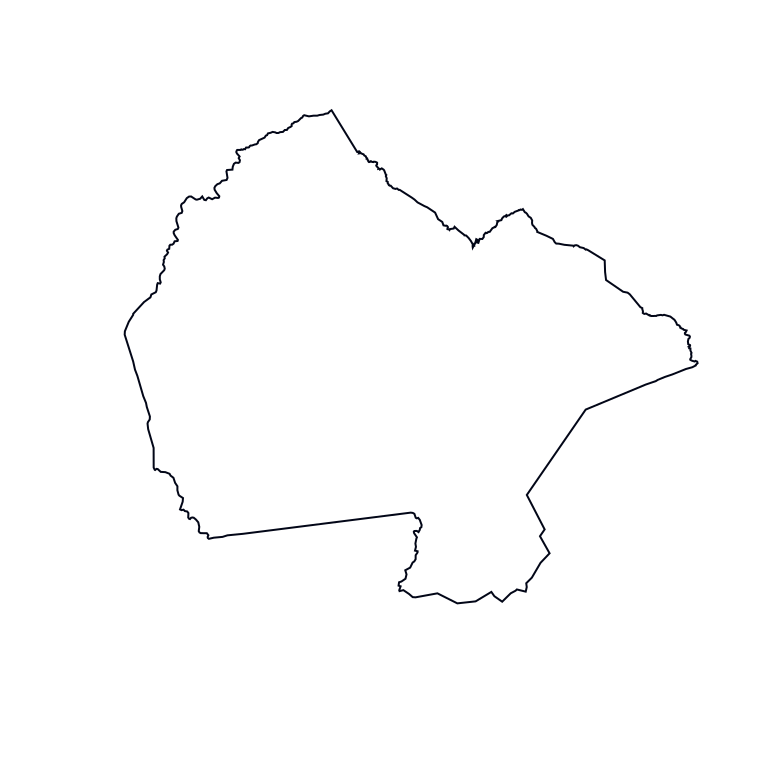 Tapoa, Tapoa, Burkina Faso (Mercator projection), rotated 119°
{"feature_id": "67063806B60723724569169", "entity_name": "Tapoa", "entity_type": "district", "adm_level": 2, "iso_a3": "BFA", "parent_name": "Burkina Faso", "parent_adm1": "Tapoa", "projection": "mercator", "projection_center": [1.463, 12.115], "detail": "fine", "context": "isolated", "style": "outline", "palette": "ink", "viewbox_px": 768, "rotation_deg": 119, "n_neighbors": 0, "source": "geoboundaries", "source_scale": "gbopen_adm2", "svg_char_len": 6166}
<svg xmlns="http://www.w3.org/2000/svg" viewBox="0 0 768 768"><g transform="rotate(119 384 384)"><path d="M194.1,519.9L170.0,562.6L171.9,563.6L174.4,564.2L176.1,566.4L177.8,567.7L179.9,570.7L181.7,572.5L183.4,575.6L186.3,579.4L187.6,584.1L188.7,584.7L190.6,584.7L191.7,585.5L195.6,586.6L197.0,587.6L198.4,589.4L199.9,589.6L200.9,590.6L201.8,590.6L203.2,589.8L204.5,590.4L206.5,591.9L208.9,592.1L209.9,593.9L212.5,594.6L214.2,597.1L215.6,598.0L216.6,599.7L216.6,601.0L217.5,603.6L219.3,605.0L221.1,607.0L223.0,606.9L224.1,607.8L226.4,607.9L231.3,611.5L233.4,611.6L234.6,611.2L236.2,611.9L237.1,613.1L239.5,615.2L240.1,616.3L240.9,616.7L242.4,616.8L243.0,617.4L244.1,619.3L246.0,619.3L246.4,620.4L247.6,621.1L248.0,622.6L248.7,622.7L250.4,625.8L250.9,626.0L252.7,625.7L253.7,624.4L255.0,620.6L256.9,620.6L258.1,618.5L260.1,617.9L261.2,618.5L262.3,621.1L264.2,622.0L267.3,621.6L270.0,620.5L272.9,625.0L274.4,624.9L279.6,620.8L281.9,620.6L284.8,624.2L288.1,624.9L290.0,626.6L292.8,627.5L294.7,627.4L296.2,626.3L298.2,622.8L299.6,619.1L300.9,618.7L301.7,619.3L302.9,622.1L305.7,623.9L305.9,627.7L307.3,628.6L309.6,628.9L310.1,630.4L308.1,633.9L311.1,634.6L313.5,637.0L313.9,638.2L313.5,643.6L314.6,645.4L317.1,646.6L322.0,646.9L324.5,648.2L326.1,648.1L327.4,647.3L330.5,644.2L332.4,643.9L334.6,646.0L338.0,646.3L339.7,646.0L342.2,644.5L346.9,639.6L348.4,639.5L350.3,641.3L352.7,641.8L354.0,641.1L355.4,639.2L357.9,634.1L359.0,633.9L360.7,636.3L363.3,636.1L364.8,636.8L365.8,638.4L367.0,638.7L369.9,637.4L371.5,638.6L372.7,638.5L373.7,636.6L375.6,636.6L379.1,637.7L380.4,636.7L382.5,636.8L384.0,635.7L386.8,635.1L387.7,633.2L389.4,631.7L391.0,631.4L396.2,632.8L398.5,632.3L401.2,630.8L403.3,628.6L404.7,628.5L405.5,630.8L407.0,630.6L412.5,628.3L414.4,628.1L418.5,630.9L421.4,630.3L428.6,633.6L444.2,637.4L445.1,636.9L453.3,637.4L463.5,636.2L466.6,634.7L485.9,614.3L492.1,608.8L496.5,603.6L511.4,588.6L515.9,583.0L519.1,580.3L525.9,573.0L528.6,571.7L531.8,572.0L533.3,571.6L537.8,568.4L551.6,554.5L568.8,544.9L570.2,542.9L570.2,542.5L568.5,541.8L568.1,540.7L569.1,536.7L567.1,532.5L566.5,528.0L567.6,526.3L568.1,522.7L571.7,518.8L573.6,515.1L577.1,513.2L580.4,510.0L580.9,508.8L581.2,504.5L584.6,503.0L592.6,501.6L592.5,499.9L591.1,498.4L591.7,496.6L590.9,494.3L591.7,492.5L595.7,490.5L596.4,489.1L596.2,488.2L594.6,487.9L593.7,487.0L593.2,485.6L593.7,482.9L595.0,479.4L598.5,476.3L602.5,474.7L603.3,473.4L603.3,472.0L600.4,466.6L601.4,464.3L603.3,464.1L604.1,463.4L604.3,462.1L600.9,458.3L596.0,451.1L592.3,447.6L583.4,434.7L483.5,298.2L482.8,296.3L482.8,294.5L485.6,291.4L485.6,290.2L484.5,289.2L485.5,286.8L489.1,282.7L491.2,281.9L492.5,282.6L494.2,282.0L496.8,282.0L496.6,283.6L496.8,284.5L497.9,286.2L498.8,286.3L499.9,285.3L502.1,280.9L503.6,280.7L508.3,279.2L510.9,277.1L514.7,276.1L514.0,273.5L515.1,273.0L518.4,273.3L521.9,271.4L524.5,271.5L526.3,272.4L531.9,272.1L536.6,275.1L539.6,272.0L543.9,270.8L548.3,273.0L550.1,274.7L553.3,273.5L552.9,271.4L557.0,270.7L557.6,270.0L554.9,267.1L555.5,260.3L556.5,255.6L555.3,253.0L541.2,235.8L540.3,213.5L529.7,198.5L513.8,189.3L516.1,184.6L517.1,175.1L505.6,171.7L501.0,168.7L499.3,168.2L496.9,159.4L492.4,160.7L489.3,163.0L481.7,160.8L464.5,160.4L451.8,157.1L441.5,173.8L433.3,173.0L411.8,205.3L308.6,195.2L257.7,154.9L249.6,147.6L247.7,146.6L241.6,141.7L235.9,136.5L224.5,127.2L219.9,122.5L216.6,120.3L216.1,120.6L213.8,119.8L212.6,120.9L212.8,122.8L213.7,123.2L214.3,125.7L214.4,127.7L213.9,128.2L211.4,128.2L209.7,129.2L208.9,130.0L207.7,130.1L206.2,132.2L204.4,133.2L204.8,134.4L204.1,134.8L203.1,134.8L203.3,135.4L202.0,134.9L201.6,135.2L201.7,137.2L199.5,138.8L197.0,139.6L195.8,139.1L194.4,139.3L193.7,140.3L194.6,144.4L194.2,145.2L193.4,145.6L192.2,145.2L190.5,145.3L191.3,148.3L190.9,148.9L191.2,151.0L190.8,151.8L191.1,152.1L189.9,153.5L189.7,154.6L190.1,156.5L188.6,158.2L187.1,160.9L186.2,166.2L187.7,172.6L188.9,173.7L189.3,175.3L191.6,178.4L192.4,178.8L195.1,183.4L194.9,184.6L195.0,185.2L195.4,185.2L195.3,188.9L196.5,190.3L196.5,191.4L196.4,192.1L194.8,192.8L193.3,194.4L192.4,194.9L192.5,197.0L186.4,212.5L186.0,215.2L187.4,219.6L185.4,240.2L178.9,244.9L168.9,250.9L168.0,270.4L168.1,272.2L168.7,272.7L168.3,275.3L169.4,279.0L169.0,281.3L169.3,283.0L170.2,284.3L171.6,284.9L171.2,285.4L174.8,293.7L176.5,299.1L177.7,301.5L177.2,303.4L175.2,306.6L175.6,313.9L176.7,323.7L176.1,323.9L174.5,326.2L174.3,327.7L173.7,328.5L172.8,331.4L171.4,332.6L169.1,333.7L167.5,336.2L167.3,338.8L165.8,341.5L165.4,343.0L165.5,344.1L163.7,347.3L164.8,347.8L165.3,349.3L166.2,349.7L166.6,350.5L167.0,350.5L170.0,353.1L172.4,354.0L172.9,355.3L175.8,356.4L177.1,358.1L176.9,358.9L177.4,359.0L178.0,358.0L178.5,358.2L178.3,359.4L179.4,360.4L181.9,361.0L183.8,360.8L186.2,363.4L186.2,362.9L186.5,362.8L187.4,363.4L190.2,362.5L192.6,362.7L192.6,363.1L193.0,363.5L193.7,363.6L195.1,364.7L199.7,365.3L200.4,366.5L201.7,366.9L202.3,367.4L202.3,368.3L203.0,368.6L205.4,368.9L207.1,368.0L209.5,368.3L210.7,370.7L214.8,369.9L215.1,371.1L213.7,371.9L212.6,372.1L212.6,373.5L216.7,372.5L217.6,372.5L217.6,373.0L218.4,373.0L219.4,372.0L220.0,372.5L221.6,372.5L220.4,373.4L218.9,374.0L216.8,377.3L215.3,380.7L214.3,384.1L215.0,385.7L214.7,386.0L213.6,393.3L212.3,398.5L214.2,398.4L216.6,401.5L217.5,401.4L217.3,402.0L217.8,403.6L217.0,404.0L215.8,404.1L215.2,405.3L215.3,406.4L215.8,406.9L216.4,408.9L214.0,411.6L213.6,416.6L209.3,422.4L208.5,431.9L208.8,434.8L208.9,442.7L207.9,446.7L207.5,450.1L206.6,464.4L207.1,465.2L206.7,467.4L207.8,468.5L208.4,471.0L207.3,474.3L207.8,475.2L207.7,476.2L207.2,476.5L206.8,477.9L205.4,478.7L205.4,480.2L202.7,481.4L201.3,483.2L200.1,483.3L200.0,483.9L197.0,487.5L196.7,488.4L196.5,490.5L198.3,491.5L197.9,491.9L198.0,492.5L198.6,493.2L198.2,493.3L197.6,494.3L197.2,496.0L196.5,496.8L195.4,496.5L193.8,497.3L193.7,497.9L194.0,499.7L194.6,500.8L195.0,500.8L195.6,502.1L195.4,503.1L195.7,503.8L196.7,504.0L197.2,504.8L196.9,505.7L196.1,506.2L196.0,506.9L195.3,507.8L195.4,508.2L194.8,508.2L194.6,509.3L193.7,510.3L193.7,512.0L193.0,513.3L193.3,514.4L193.2,516.0L194.4,517.6L192.7,517.7L192.6,518.2L192.5,518.5L193.0,519.1L193.8,519.3L194.1,519.9Z" fill="none" stroke="#020617" stroke-width="2"/></g></svg>